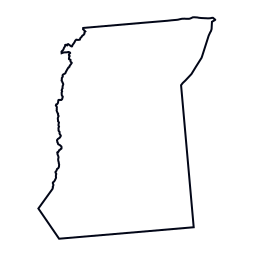 the district of Angaco, San Juan, Argentina, rotated 175°
{"feature_id": "61730980B81698180684339", "entity_name": "Angaco", "entity_type": "district", "adm_level": 2, "iso_a3": "ARG", "parent_name": "Argentina", "parent_adm1": "San Juan", "projection": "equal_earth", "projection_center": [-68.042, -31.197], "detail": "fine", "context": "isolated", "style": "outline", "palette": "ink", "viewbox_px": 256, "rotation_deg": 175, "n_neighbors": 0, "source": "geoboundaries", "source_scale": "gbopen_adm2", "svg_char_len": 5843}
<svg xmlns="http://www.w3.org/2000/svg" viewBox="0 0 256 256"><g transform="rotate(175 128 128)"><path d="M34.1,230.4L34.8,230.4L35.0,230.4L35.6,230.3L36.3,230.2L36.5,230.2L37.8,230.2L39.8,230.4L41.2,230.6L45.0,231.1L47.7,231.6L49.0,232.0L49.3,232.1L50.3,232.2L50.7,232.3L52.0,232.5L53.5,232.6L53.9,232.6L55.4,232.0L56.7,231.6L57.2,231.5L57.3,231.5L58.1,231.5L59.3,231.6L60.3,231.7L60.6,231.7L62.3,232.0L62.5,232.0L64.6,232.1L64.9,232.1L67.2,231.8L67.3,231.8L68.3,231.6L68.5,231.6L69.7,231.5L70.5,231.5L75.1,231.5L79.3,231.4L104.4,231.5L163.9,231.6L164.2,230.4L162.1,227.9L163.0,227.2L163.2,225.7L164.2,224.6L165.5,223.9L166.5,222.6L167.5,221.9L168.1,220.7L168.2,220.3L169.0,220.1L170.3,220.1L171.0,220.3L171.3,220.4L171.8,220.5L172.1,220.2L172.6,219.9L173.2,219.2L173.5,218.7L173.8,218.1L174.2,217.6L174.7,217.0L175.2,216.4L175.7,216.0L176.0,215.5L176.4,214.6L176.7,214.2L176.9,214.2L177.2,214.2L177.8,214.6L178.1,214.9L178.5,215.2L179.0,215.7L179.3,216.0L179.7,216.2L180.0,216.6L180.3,216.8L180.9,216.6L181.1,216.2L181.2,215.9L181.5,215.6L181.8,215.8L181.9,216.1L182.1,216.1L182.4,216.3L182.9,216.3L183.3,216.2L183.4,215.8L183.5,215.4L183.7,214.8L183.8,214.6L184.4,213.9L184.9,213.2L185.2,212.4L185.7,211.6L185.9,211.3L187.2,210.3L187.6,209.8L187.6,209.4L187.6,208.9L187.6,208.6L187.6,208.3L185.2,208.9L184.3,208.8L183.0,208.8L182.2,208.7L181.2,208.9L180.5,208.9L179.5,208.4L179.2,208.1L179.1,207.9L179.1,207.7L180.0,207.0L180.4,206.5L180.5,206.1L180.5,205.7L180.4,205.4L180.2,205.3L180.1,205.2L179.9,205.0L179.9,204.6L180.3,204.2L180.5,203.4L180.8,202.2L180.8,201.8L180.6,201.6L180.2,201.4L179.9,201.3L179.4,201.0L179.3,200.8L179.4,200.4L179.5,199.9L179.5,199.4L179.4,199.1L179.2,198.8L179.0,198.6L178.8,198.4L178.4,198.0L178.4,197.7L179.0,196.9L179.6,196.2L180.4,195.4L180.6,195.1L180.8,194.8L180.9,194.5L180.9,194.2L181.5,193.8L181.7,193.5L182.0,193.5L182.3,193.2L182.6,192.8L183.1,192.1L183.4,191.7L183.8,191.1L184.2,190.5L184.3,190.3L184.7,189.8L184.9,189.5L185.4,188.4L185.5,188.2L185.9,187.8L186.5,187.6L187.7,187.0L187.8,187.0L188.0,186.9L188.4,186.5L188.6,186.1L188.6,185.8L188.5,184.9L188.6,184.7L189.0,184.3L189.3,183.9L189.5,183.7L189.6,183.4L189.6,182.7L189.7,182.2L189.8,181.8L189.9,181.5L190.0,181.1L189.8,181.0L189.8,180.7L189.6,180.3L189.5,180.1L189.4,179.8L189.4,179.6L189.4,179.4L189.4,179.2L189.3,178.9L189.0,178.6L188.9,178.3L188.9,178.1L188.8,177.9L188.7,177.5L188.7,177.2L188.8,176.8L188.9,176.6L189.3,175.9L189.4,175.6L189.5,175.1L189.7,174.4L189.7,173.8L189.7,173.5L189.7,173.3L190.1,172.8L190.4,172.2L190.8,171.4L190.8,171.2L190.7,171.0L190.5,170.6L190.4,170.3L190.5,170.0L190.6,169.9L190.8,169.6L191.0,169.1L191.0,168.6L191.1,167.9L191.1,167.4L191.1,166.6L191.0,166.1L190.9,165.9L190.8,165.7L190.7,165.6L190.3,165.1L190.3,164.6L190.5,164.2L190.6,163.9L190.9,163.2L190.9,162.9L191.1,162.5L191.3,162.3L191.7,162.0L191.9,161.8L192.2,161.7L192.5,161.7L192.7,161.8L193.0,161.9L193.6,162.0L194.0,161.9L194.3,161.9L194.6,162.0L194.9,161.8L195.0,161.7L195.1,161.0L195.3,160.1L195.5,159.4L195.6,159.1L195.9,158.7L196.1,158.4L196.3,158.2L196.5,158.0L196.8,157.9L197.2,157.8L197.5,157.7L197.7,157.0L197.9,156.8L197.8,156.4L197.5,156.2L197.2,155.6L197.1,155.1L197.1,154.8L197.1,154.3L197.3,153.7L197.3,152.6L197.3,152.4L197.5,152.1L197.6,151.9L197.6,151.7L197.3,150.4L197.1,149.9L196.9,149.4L196.9,149.2L196.8,148.9L196.4,148.4L196.4,147.9L196.5,147.7L196.6,147.4L196.6,147.2L196.5,146.9L196.4,146.6L196.2,146.4L196.1,145.9L196.3,145.6L197.0,144.1L197.1,143.7L197.1,142.9L197.0,141.4L197.1,141.1L197.1,140.9L197.1,140.7L196.7,140.2L196.4,139.7L196.3,139.4L196.5,138.9L196.7,138.3L196.9,137.6L197.0,136.9L197.0,136.6L197.0,136.4L196.6,135.6L196.7,135.4L196.8,135.0L197.0,134.5L197.2,134.3L197.3,133.9L197.3,133.0L197.4,131.6L197.3,131.1L197.2,130.9L197.0,130.7L196.8,130.6L196.6,130.3L196.5,130.0L196.6,129.4L196.6,129.0L196.7,128.5L196.5,128.0L196.4,127.6L196.2,127.4L195.9,126.8L195.7,126.6L195.6,126.3L195.8,125.6L196.0,125.3L196.2,125.1L196.5,124.8L196.6,124.5L197.0,124.2L198.0,123.6L198.8,123.2L199.5,122.4L199.7,122.2L199.8,121.8L199.8,121.5L199.6,121.0L199.6,120.6L199.6,119.9L199.5,119.7L199.3,119.5L199.2,119.3L199.1,118.3L198.9,118.0L198.8,117.8L197.8,117.2L197.0,116.6L196.8,116.2L196.4,115.9L196.0,115.4L195.9,115.0L195.9,114.6L196.0,113.6L196.1,113.3L196.2,113.2L196.3,113.1L196.5,113.0L196.9,113.0L197.0,112.9L197.1,112.7L197.4,112.4L197.7,112.2L197.9,112.1L198.2,112.0L198.5,111.9L198.6,111.7L198.8,111.2L199.1,111.0L199.4,110.5L199.6,110.1L199.9,110.0L200.3,110.1L200.6,109.8L200.6,109.5L200.5,109.0L200.4,108.6L200.5,108.4L200.5,108.0L200.5,107.8L200.3,107.3L200.1,106.7L199.9,105.9L199.8,105.4L199.8,105.1L199.8,104.8L199.8,104.5L200.0,104.0L200.1,103.7L200.2,103.3L200.3,103.1L200.3,102.9L200.3,101.5L200.2,100.8L200.1,100.6L200.1,100.3L200.0,99.9L200.0,99.6L200.0,99.2L200.0,98.5L199.9,98.3L199.8,97.8L199.8,97.4L199.9,97.0L200.0,96.5L200.0,96.1L200.1,95.8L200.2,95.3L200.3,95.1L200.5,94.8L201.0,94.0L201.4,93.8L202.2,93.4L202.4,92.9L202.8,92.2L203.0,91.7L203.5,91.1L204.1,90.5L204.1,90.3L204.1,90.0L204.0,89.6L203.8,89.4L203.6,89.0L203.5,88.8L203.5,88.4L203.6,88.1L203.9,87.5L203.9,87.3L204.1,85.7L204.0,85.3L204.0,85.1L204.0,84.9L204.1,84.6L204.4,84.0L204.7,83.5L205.1,82.8L205.4,82.3L206.1,81.4L206.3,81.1L206.5,81.0L206.7,80.9L206.9,80.8L207.4,80.4L207.6,80.2L207.7,79.8L207.7,79.5L207.5,78.9L207.4,78.5L207.3,78.3L207.4,78.0L207.3,77.6L207.4,77.3L207.5,77.0L207.6,76.8L207.9,76.3L208.1,75.9L208.1,75.4L208.0,75.2L208.1,74.9L208.5,73.9L224.3,55.6L206.3,23.7L71.2,23.4L71.4,166.0L69.6,168.0L66.7,170.3L60.1,176.2L55.0,183.1L48.6,191.5L47.8,193.3L41.1,209.3L39.7,212.7L38.9,214.2L38.5,214.8L37.8,216.1L37.7,216.2L36.9,217.3L36.7,217.8L36.1,219.3L35.1,226.5L32.1,227.9L31.8,228.1L31.7,228.2L31.7,228.3L33.6,230.2L33.7,230.3L33.8,230.3L34.1,230.4Z" fill="none" stroke="#020617" stroke-width="2"/></g></svg>